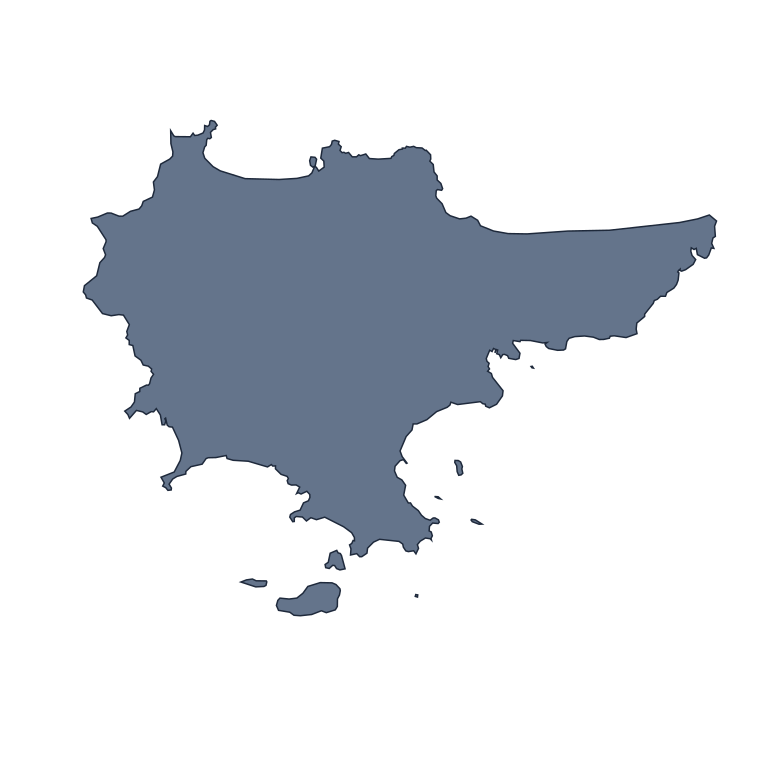 Thalang, Phuket, Thailand (orthographic projection), rotated 97°
{"feature_id": "78962969B19426862373274", "entity_name": "Thalang", "entity_type": "district", "adm_level": 2, "iso_a3": "THA", "parent_name": "Thailand", "parent_adm1": "Phuket", "projection": "orthographic", "projection_center": [98.366, 8.071], "detail": "fine", "context": "isolated", "style": "filled", "palette": "slate", "viewbox_px": 768, "rotation_deg": 97, "n_neighbors": 0, "source": "geoboundaries", "source_scale": "gbopen_adm2", "svg_char_len": 6158}
<svg xmlns="http://www.w3.org/2000/svg" viewBox="0 0 768 768"><g transform="rotate(97 384 384)"><path d="M334.9,689.8L336.2,683.9L348.4,672.0L349.5,663.1L347.4,655.6L347.4,651.0L356.1,644.0L363.2,645.7L366.6,644.4L369.7,645.8L371.8,642.2L375.9,641.7L376.4,638.0L386.5,634.5L390.0,628.2L394.5,625.3L395.0,620.1L397.4,616.5L399.9,616.7L402.4,613.9L406.5,616.0L412.3,616.7L413.9,617.7L414.0,619.6L418.0,625.8L421.2,625.5L423.9,629.7L432.3,629.5L437.6,632.3L442.5,638.0L445.5,634.5L449.1,632.4L440.4,626.5L441.1,620.1L443.2,616.3L439.8,611.7L439.7,609.3L436.2,607.0L442.0,602.2L451.5,599.3L451.2,596.7L447.2,596.1L445.2,597.3L444.5,596.6L451.2,594.2L452.6,592.1L452.6,588.7L465.0,581.0L477.1,576.2L484.7,576.9L496.9,581.5L503.7,594.0L509.0,590.0L512.3,591.2L513.5,588.0L515.9,585.5L515.1,582.3L513.2,582.3L509.6,585.1L504.0,582.1L501.0,578.3L497.5,569.8L494.9,570.0L489.6,565.6L485.7,554.7L479.7,551.5L478.6,549.5L477.5,541.9L474.2,531.9L477.1,530.7L478.1,524.5L477.2,509.3L480.5,489.5L477.7,486.0L479.0,484.4L478.5,481.7L481.4,481.4L486.2,475.2L487.5,468.9L489.5,467.4L491.7,468.3L494.6,467.0L495.6,463.6L494.9,458.9L496.6,455.1L503.4,457.4L502.4,455.9L503.3,452.9L499.9,447.5L502.7,444.2L505.6,443.7L509.1,444.8L511.8,449.4L519.4,451.9L521.8,457.2L524.9,460.9L527.6,461.3L531.8,457.8L531.4,456.3L527.8,456.7L526.2,455.0L526.0,448.7L529.4,444.3L525.6,440.3L526.9,434.5L523.4,426.6L530.6,406.7L535.5,398.0L539.9,394.7L543.2,394.2L543.1,395.6L546.2,396.6L547.9,398.6L551.7,396.7L557.8,396.4L555.7,390.4L558.4,387.1L558.1,385.0L554.0,380.3L548.9,380.3L542.2,375.1L538.7,369.5L538.4,349.9L540.6,345.9L543.6,344.9L547.0,342.0L547.4,339.4L545.9,334.2L548.7,331.6L542.9,329.7L539.4,331.3L535.6,328.9L531.8,324.1L532.0,319.2L533.1,317.9L531.5,318.5L528.8,317.5L525.1,319.1L524.3,321.3L519.7,321.5L516.1,318.8L515.9,313.3L514.4,312.3L512.2,313.4L510.7,317.1L511.0,318.9L513.6,321.6L512.5,326.6L509.7,330.8L505.5,334.5L501.7,340.9L498.8,343.2L499.1,345.4L491.9,350.9L481.9,350.2L477.0,354.6L475.0,359.5L469.0,363.0L464.3,363.0L458.1,358.7L456.7,355.5L460.1,352.2L459.7,351.5L453.9,357.1L448.5,359.9L433.4,355.6L426.2,350.6L420.1,350.2L419.6,346.4L414.2,337.1L405.0,328.4L399.4,318.4L396.9,316.0L393.9,315.4L395.4,308.4L389.8,286.2L391.5,283.6L391.7,281.0L393.6,280.4L394.8,276.5L390.4,269.8L381.4,265.0L376.2,265.0L364.2,277.1L360.5,278.7L358.7,282.7L356.2,281.1L354.0,282.8L350.6,282.2L349.0,284.5L346.3,285.6L337.6,283.2L338.6,280.7L335.4,279.6L336.2,277.3L339.6,277.7L336.1,276.7L336.4,275.3L340.2,275.8L340.8,273.1L343.7,271.3L340.3,269.7L339.9,267.9L340.8,264.8L343.3,263.3L343.7,256.2L342.2,253.1L336.9,252.8L327.9,261.3L325.1,261.0L325.4,254.2L324.0,253.7L323.0,244.0L323.9,231.4L322.9,227.1L324.8,229.0L327.0,227.6L328.7,224.9L329.4,215.8L328.4,209.9L327.0,208.1L319.6,207.7L316.1,205.9L313.7,200.4L311.9,190.8L312.0,181.9L313.6,175.7L313.0,171.4L311.1,165.9L309.0,165.3L308.1,161.4L308.4,149.4L303.2,139.0L298.8,140.4L292.7,140.5L285.2,133.5L282.9,133.8L271.2,126.6L268.2,125.9L266.6,123.0L263.2,120.2L262.6,115.3L258.7,114.4L253.5,108.0L249.6,105.8L245.0,104.7L237.8,104.8L237.0,106.1L235.4,105.5L233.9,104.1L235.3,104.0L235.7,102.3L233.8,98.6L227.5,91.7L222.5,89.8L218.9,93.9L214.7,95.7L211.4,95.6L212.7,92.7L211.3,90.6L217.4,88.7L220.1,81.2L219.5,79.2L216.4,77.4L209.1,75.7L209.2,73.1L204.5,75.9L199.0,75.3L197.1,73.1L187.1,75.1L181.7,73.8L176.6,81.7L181.9,92.8L187.7,110.3L203.9,178.9L209.8,220.2L217.6,260.3L219.6,279.2L218.8,293.9L215.2,307.5L210.1,311.0L206.8,318.1L209.4,322.8L210.9,329.1L208.9,338.9L206.3,343.5L198.0,348.3L193.2,354.3L190.9,355.5L185.7,355.7L184.5,354.6L184.7,350.4L183.0,349.6L178.0,352.0L175.0,356.1L171.0,356.6L167.4,360.2L160.1,361.9L157.2,365.7L155.1,365.0L150.8,365.7L146.8,370.6L147.2,371.5L145.1,375.0L145.5,380.8L144.5,383.5L145.8,387.2L145.4,390.7L147.3,391.5L147.6,394.6L148.6,394.4L149.6,397.7L153.9,401.8L156.0,402.1L157.3,404.0L159.2,404.6L161.5,417.1L162.0,426.0L157.9,430.1L160.2,435.1L159.6,437.0L161.9,439.0L162.4,443.2L158.5,447.4L159.7,450.2L158.9,452.0L159.5,453.8L157.6,456.1L153.7,455.4L151.5,458.5L148.8,458.2L148.1,462.6L149.2,465.0L152.6,465.3L155.1,466.9L157.4,473.9L167.5,474.3L170.1,470.9L176.0,469.8L180.6,474.7L177.1,477.6L176.6,479.4L183.3,481.3L186.6,484.2L190.5,495.4L193.8,513.0L197.1,546.9L192.4,572.5L189.1,580.2L181.8,589.4L176.5,591.9L170.5,590.9L168.8,589.6L163.0,589.7L161.6,588.8L161.8,586.8L160.4,585.4L155.4,586.9L152.3,584.5L151.3,582.2L149.6,582.6L147.5,581.1L144.0,584.2L143.5,587.7L144.5,588.8L148.0,588.8L149.9,590.5L149.3,593.5L153.8,593.1L156.9,594.2L159.7,599.1L160.4,602.2L158.3,604.1L162.2,606.3L163.9,621.4L163.3,622.9L158.6,626.6L171.4,624.8L179.4,621.8L183.6,621.6L186.9,624.1L193.0,632.5L205.8,634.1L211.6,637.5L219.3,635.5L226.7,636.6L232.1,645.2L236.7,646.2L240.2,648.5L243.5,656.7L249.3,663.8L249.7,667.5L247.6,675.7L248.0,679.4L253.2,688.5L255.4,694.9L259.7,693.1L262.4,687.8L274.7,677.5L276.7,677.2L283.8,679.2L289.7,676.1L292.5,676.8L298.2,680.8L311.6,682.4L322.9,693.3L329.3,693.7L331.9,691.0L334.9,689.8ZM602.9,404.0L598.9,402.5L594.4,402.2L592.6,402.8L588.9,407.2L587.7,411.3L588.9,423.1L594.2,434.9L601.6,439.0L607.1,444.4L609.0,452.0L609.2,461.2L611.7,463.0L616.9,463.8L621.5,461.1L622.0,449.7L624.5,445.2L624.2,438.8L621.6,427.7L616.7,418.5L618.0,413.4L614.1,404.8L610.5,403.2L602.9,404.0ZM573.8,415.9L570.2,412.8L570.2,410.9L573.0,408.6L573.9,405.1L572.2,400.1L559.4,405.3L557.6,406.7L557.2,409.0L554.9,410.6L558.5,416.8L567.8,417.6L570.3,420.5L573.4,419.5L573.8,415.9ZM598.3,476.6L594.7,476.2L593.8,476.8L594.9,486.9L593.6,490.8L595.2,496.7L598.0,501.9L601.0,486.6L599.6,478.5L598.3,476.6ZM464.8,296.4L463.0,294.9L458.8,296.4L456.4,296.1L452.1,298.4L450.9,300.9L451.2,304.2L453.2,304.2L456.3,301.9L462.1,300.7L465.5,298.7L464.8,296.4ZM176.1,478.9L169.1,478.3L167.4,480.1L167.5,484.2L171.4,485.0L175.9,483.6L177.4,481.1L176.1,478.9ZM508.4,281.0L509.9,279.6L511.6,272.6L511.1,269.6L507.7,276.8L507.6,280.5L508.4,281.0ZM591.0,327.1L591.4,324.8L589.2,324.8L589.1,326.8L591.0,327.1ZM491.2,313.7L489.3,316.5L489.5,320.1L491.0,316.2L491.2,313.7ZM348.7,240.2L349.9,239.1L350.0,237.6L348.3,239.0L348.7,240.2Z" fill="#64748b" stroke="#1e293b" stroke-width="1.5"/></g></svg>